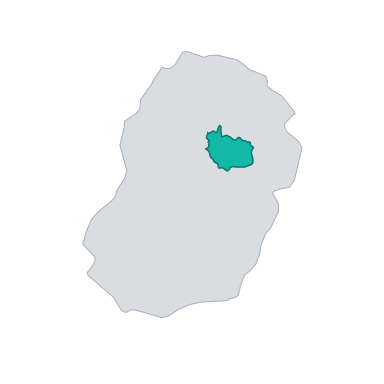 where Brod sits in North Macedonia, rotated 127°
{"feature_id": "MKD-2944", "entity_name": "Brod", "entity_type": "Statistical Region", "adm_level": 1, "iso_a3": "MKD", "parent_name": "North Macedonia", "parent_adm1": "", "projection": "robinson", "projection_center": [21.2, 41.634], "detail": "fine", "context": "in_parent", "style": "filled", "palette": "teal", "viewbox_px": 384, "rotation_deg": 127, "n_neighbors": 0, "source": "natural_earth", "source_scale": "10m", "svg_char_len": 2820}
<svg xmlns="http://www.w3.org/2000/svg" viewBox="0 0 384 384"><g transform="rotate(127 192 192)"><path d="M174.3,107.5L180.3,108.2L193.2,104.9L201.2,100.2L205.3,99.5L210.7,97.7L218.6,98.0L226.5,100.0L236.6,97.3L246.5,93.0L250.5,94.1L254.8,97.8L257.7,98.8L274.3,118.3L283.3,126.2L294.0,132.2L306.2,136.6L310.6,140.9L318.5,161.6L322.3,169.5L327.4,171.9L328.7,174.2L329.0,177.2L323.3,191.8L321.2,224.6L319.7,227.2L313.7,227.0L305.6,227.7L302.5,230.2L299.4,247.9L286.4,252.9L274.6,255.7L264.6,255.1L247.1,250.9L241.3,250.5L236.5,252.9L220.8,254.1L214.0,257.2L197.9,277.8L181.6,284.9L176.0,288.5L163.5,284.0L157.5,283.5L148.9,288.7L130.0,289.3L124.8,290.2L110.2,291.0L109.6,288.2L106.9,284.0L100.1,282.1L86.2,283.7L82.8,280.7L77.1,263.2L72.7,260.4L67.7,254.5L59.3,235.5L59.1,227.2L59.7,219.9L55.0,202.9L58.0,198.6L62.3,195.8L62.4,189.0L61.2,178.5L66.4,158.1L67.8,156.6L69.1,157.6L81.6,159.2L84.8,156.6L86.8,152.6L87.5,137.6L90.5,130.7L120.6,117.5L129.5,117.0L136.2,123.1L141.6,126.9L144.9,126.8L146.0,122.9L149.7,115.4L155.8,111.2L174.1,107.5L174.3,107.5Z" fill="#d9dde1" stroke="#a8b0b8" stroke-width="1"/><path d="M133.4,161.0L133.9,161.1L134.9,161.4L136.1,162.2L137.4,163.2L138.4,163.7L139.2,164.0L140.3,165.1L141.6,166.5L143.2,168.8L145.2,171.3L146.8,174.3L148.9,176.0L150.6,176.2L151.3,175.7L152.1,176.0L153.3,176.0L154.2,177.0L154.2,180.1L154.2,181.4L155.4,183.8L156.4,184.6L156.5,184.2L156.7,185.1L156.0,186.3L155.0,187.3L154.4,187.9L154.1,188.3L154.0,189.1L154.4,190.2L154.4,191.5L154.3,193.1L154.3,193.5L154.0,193.5L153.4,193.5L153.3,195.1L153.2,197.5L152.5,199.0L151.7,199.9L150.8,200.9L150.1,201.7L149.6,202.6L149.2,203.5L149.3,205.5L149.3,206.9L148.8,206.8L148.0,206.4L147.4,206.0L146.3,205.7L145.0,205.8L144.6,206.4L144.2,207.3L143.6,207.6L142.8,207.6L142.0,208.0L141.9,208.4L141.9,209.1L142.0,209.3L141.6,209.3L140.6,209.3L140.4,210.2L140.4,211.0L140.4,212.1L140.0,213.2L138.5,213.8L136.5,214.3L135.1,215.0L135.1,214.6L134.7,213.5L133.7,213.0L132.6,212.8L131.3,212.4L130.7,211.7L130.3,211.1L130.2,210.6L130.2,209.8L130.2,208.9L130.2,208.6L129.6,208.2L128.3,208.2L127.5,208.8L126.8,209.1L126.0,209.3L125.0,209.7L124.0,209.8L123.4,209.8L122.3,210.0L122.3,209.4L122.3,208.9L122.5,207.9L123.3,207.5L124.3,207.2L125.0,206.2L126.5,205.2L127.8,203.7L129.0,202.6L130.1,201.9L130.0,201.1L129.0,200.5L127.6,199.9L126.3,198.8L125.8,198.0L125.5,195.9L125.1,195.1L125.2,193.4L125.2,191.4L125.2,189.7L124.6,188.7L123.1,188.1L122.0,188.1L120.8,188.0L120.2,187.5L119.8,186.3L120.4,184.4L120.2,182.1L119.8,181.2L119.3,180.6L119.0,179.9L119.0,178.9L118.9,177.7L117.9,177.0L117.4,175.7L117.5,175.0L118.1,174.6L119.0,174.6L119.3,174.0L119.3,172.7L119.3,170.8L119.8,169.5L122.1,169.4L122.6,169.3L124.1,168.9L125.6,167.6L127.4,165.0L129.9,162.4L132.0,161.0L133.4,161.0Z" fill="#14b8a6" stroke="#0f766e" stroke-width="1.5"/></g></svg>